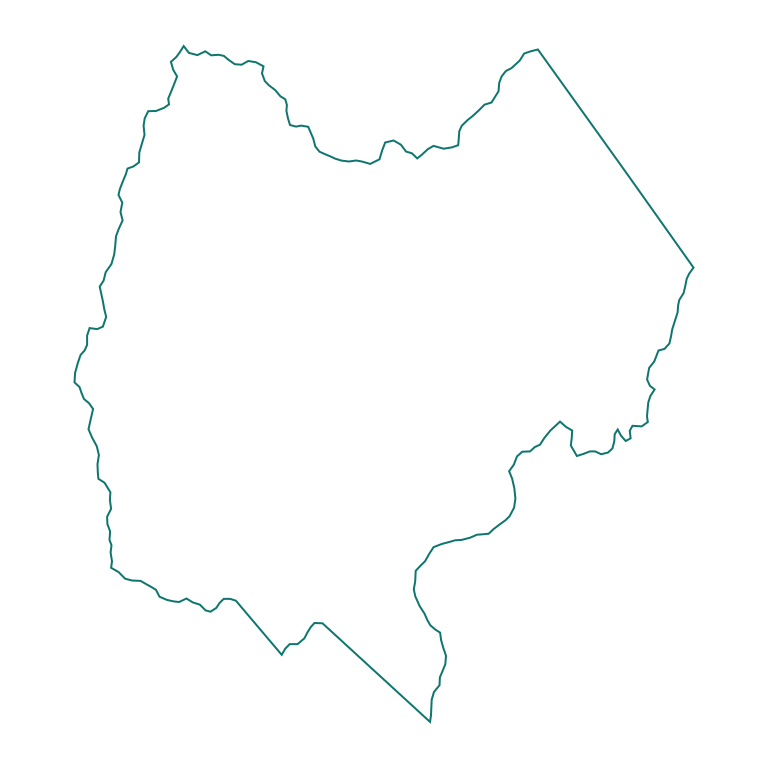 Iguaí, Bahia, Brazil
{"feature_id": "56859067B21747543887163", "entity_name": "Iguaí", "entity_type": "district", "adm_level": 2, "iso_a3": "BRA", "parent_name": "Brazil", "parent_adm1": "Bahia", "projection": "robinson", "projection_center": [-40.072, -14.65], "detail": "fine", "context": "isolated", "style": "outline", "palette": "teal", "viewbox_px": 768, "rotation_deg": 0, "n_neighbors": 0, "source": "geoboundaries", "source_scale": "gbopen_adm2", "svg_char_len": 3355}
<svg xmlns="http://www.w3.org/2000/svg" viewBox="0 0 768 768"><path d="M183.7,46.1L179.6,52.5L176.4,56.9L170.9,61.9L173.3,70.0L177.1,76.4L174.5,83.2L171.5,90.7L168.2,98.7L169.0,104.4L164.1,107.8L155.9,111.0L148.2,111.2L144.7,118.4L143.6,125.6L144.5,135.0L142.0,143.3L139.3,152.5L139.0,162.4L133.5,166.4L127.5,168.6L125.9,174.0L122.6,182.0L119.8,189.3L118.5,194.9L122.3,202.7L120.5,212.0L122.6,220.4L118.5,229.5L116.0,236.3L115.2,246.1L114.2,254.5L111.4,264.1L105.7,272.2L103.6,280.6L99.7,286.6L101.3,293.9L103.0,301.9L104.3,309.4L106.2,316.8L102.9,326.6L97.2,329.1L89.6,328.1L87.1,335.6L87.1,344.9L84.6,350.5L80.6,354.9L77.9,362.7L75.1,372.8L74.5,382.4L79.5,387.0L81.3,392.4L83.9,398.9L89.1,403.3L93.1,409.0L91.0,418.0L88.5,429.2L92.1,437.6L96.8,446.3L98.9,455.1L97.5,464.1L97.8,472.2L98.4,478.8L104.6,482.8L110.4,492.3L109.9,499.9L111.1,508.8L107.1,516.8L107.4,524.1L110.1,531.3L109.5,539.9L111.5,545.3L110.6,552.4L112.0,561.4L111.1,567.8L118.6,572.1L125.1,578.7L132.0,580.5L140.6,580.9L146.3,584.2L151.6,587.1L156.0,589.9L159.5,596.7L166.9,599.9L173.7,601.4L179.1,602.0L186.5,598.5L192.8,602.4L199.8,604.6L205.6,610.4L210.5,611.7L216.3,607.9L219.6,602.9L223.7,598.9L230.3,598.9L235.9,600.7L281.7,654.8L285.3,648.6L289.7,644.1L297.6,644.1L304.4,638.3L307.7,632.0L310.8,627.0L314.5,623.0L322.5,623.3L430.0,721.9L431.0,715.4L431.4,706.0L431.7,699.7L434.0,691.9L439.5,685.3L439.9,677.3L442.7,670.7L445.3,664.2L446.0,655.8L443.4,648.2L441.1,640.1L440.1,632.6L435.2,629.5L430.2,625.1L427.2,619.8L424.5,613.6L419.7,606.2L415.2,596.1L413.8,589.2L415.2,581.4L415.7,570.8L420.7,565.5L425.1,561.2L429.2,553.9L433.6,547.1L442.0,543.9L448.8,542.1L455.1,540.3L461.6,539.9L470.1,537.7L477.0,534.7L482.6,534.3L488.7,533.7L493.3,529.3L499.3,524.7L505.4,520.3L509.6,516.2L514.1,507.6L515.4,498.5L514.3,488.1L512.1,478.5L509.1,471.2L513.8,464.7L517.0,456.4L522.3,451.7L530.0,451.4L534.9,447.0L540.0,444.7L544.1,438.3L550.4,430.5L555.3,426.0L560.0,421.6L566.1,427.0L572.2,430.5L571.7,438.3L570.8,445.5L573.6,450.3L576.9,456.0L583.7,453.8L589.9,451.4L595.2,451.4L601.1,454.2L607.9,452.6L612.4,448.5L614.3,441.3L614.7,434.2L617.7,429.5L621.0,435.7L625.7,441.0L630.6,438.3L629.8,430.7L632.5,425.8L641.7,426.4L647.8,422.0L647.0,416.4L647.6,409.5L648.3,402.4L650.3,396.1L654.6,389.5L649.9,385.8L647.1,379.6L648.1,373.6L649.2,367.8L654.3,361.4L658.5,350.5L664.5,348.9L669.4,343.5L671.0,336.5L672.2,329.4L674.6,321.8L677.6,312.5L678.1,305.6L679.2,300.1L683.6,293.1L685.3,285.9L686.7,278.8L689.1,273.8L693.5,267.6L635.3,185.5L619.5,163.3L537.9,49.5L530.7,51.3L524.2,53.5L519.6,60.7L511.4,68.2L505.9,71.0L501.6,76.4L499.2,82.9L498.5,91.3L491.5,102.5L484.4,104.7L478.9,110.3L472.0,116.6L467.4,120.2L461.7,125.8L459.3,131.2L458.7,139.3L458.2,145.2L451.8,147.4L443.7,148.7L433.5,145.9L427.9,149.1L421.6,154.9L417.2,158.4L411.9,153.3L406.0,151.5L400.9,144.7L393.6,140.5L385.2,142.5L382.2,150.3L379.5,159.3L370.2,163.9L361.8,161.5L356.0,160.5L348.9,161.5L341.5,160.6L335.3,158.7L330.6,156.5L324.4,153.9L319.5,151.7L315.3,146.5L313.2,138.4L308.2,126.8L301.2,125.6L296.0,126.6L290.0,125.0L288.0,118.4L286.4,110.9L286.9,105.0L285.3,99.3L280.4,96.3L275.2,90.1L268.9,85.3L264.8,81.0L262.0,73.4L263.5,66.3L255.8,62.2L248.2,61.0L241.6,64.7L234.8,64.2L228.5,59.8L223.9,55.9L218.7,54.8L211.1,55.3L205.3,51.3L197.4,55.1L188.9,52.9L183.7,46.1Z" fill="none" stroke="#0f766e" stroke-width="2"/></svg>